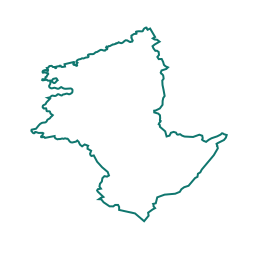 the border of Qostanay, rotated 348°
{"feature_id": "KAZ-3196", "entity_name": "Qostanay", "entity_type": "Region", "adm_level": 1, "iso_a3": "KAZ", "parent_name": "Kazakhstan", "parent_adm1": "", "projection": "equal_earth", "projection_center": [62.901, 51.427], "detail": "fine", "context": "isolated", "style": "outline", "palette": "teal", "viewbox_px": 256, "rotation_deg": 348, "n_neighbors": 0, "source": "natural_earth", "source_scale": "10m", "svg_char_len": 5519}
<svg xmlns="http://www.w3.org/2000/svg" viewBox="0 0 256 256"><g transform="rotate(348 128 128)"><path d="M167.6,36.0L170.3,35.3L173.4,44.6L170.9,45.5L172.3,46.9L174.9,47.8L176.8,50.1L171.4,51.9L169.0,53.1L169.5,55.5L170.8,58.2L172.3,58.4L173.8,60.0L173.5,63.0L171.5,64.6L172.4,67.0L175.3,67.5L176.1,70.7L176.3,73.7L177.6,75.5L179.7,77.0L177.7,78.2L172.8,78.7L171.5,80.7L171.8,81.7L172.6,82.4L173.3,83.8L173.3,85.1L173.1,87.2L171.4,88.7L170.7,93.1L170.7,97.9L170.5,104.3L168.7,106.0L167.5,108.7L166.6,112.5L163.2,115.5L158.8,116.6L157.2,116.5L156.9,118.2L160.6,120.2L161.9,122.2L161.5,125.2L161.0,126.3L160.8,127.5L161.4,128.0L160.9,128.7L159.8,129.4L158.8,130.7L159.7,131.7L159.5,133.5L163.7,139.0L164.0,144.3L167.0,144.1L169.0,141.6L171.8,141.3L174.0,142.5L174.5,144.3L175.4,144.9L177.7,144.9L179.3,146.7L181.5,148.1L189.8,150.3L196.4,149.4L199.0,151.0L199.0,153.4L198.0,154.8L199.2,156.2L201.5,157.8L204.4,156.4L207.5,155.4L213.5,154.7L217.2,153.7L218.9,152.7L219.7,153.1L220.7,154.1L223.1,155.4L221.7,157.8L219.4,159.7L212.7,161.4L211.3,161.9L211.4,163.0L211.7,163.6L211.3,164.3L211.7,165.1L211.6,166.6L206.3,172.4L191.5,184.0L189.5,186.4L186.9,187.3L185.8,190.2L183.2,190.9L175.2,197.1L170.6,197.6L167.5,199.0L165.4,201.2L160.5,202.1L149.9,200.8L142.2,201.9L139.5,207.4L136.8,207.5L137.0,208.3L136.7,209.9L137.8,212.0L135.1,212.8L130.1,215.0L129.9,218.1L124.4,222.5L117.1,213.0L102.3,206.3L102.9,203.4L102.3,201.2L99.4,200.6L97.3,201.6L93.7,200.8L88.7,195.6L87.0,192.2L84.8,191.6L87.2,190.6L89.6,190.3L85.2,183.9L84.8,182.6L85.8,181.6L88.9,181.7L87.9,179.3L89.0,176.7L91.3,174.9L92.5,171.8L94.9,170.2L97.4,171.2L99.5,170.5L99.0,166.8L94.5,161.0L90.8,154.6L88.8,147.7L86.6,147.8L85.8,147.1L85.5,145.4L87.2,142.6L84.1,139.9L84.6,137.9L85.3,137.1L82.2,135.1L79.3,136.4L77.7,134.5L77.2,132.9L76.9,131.3L75.8,129.7L74.4,130.5L70.6,130.6L69.3,130.2L68.7,129.7L68.1,128.9L67.2,126.7L66.6,125.9L65.8,125.8L64.8,125.2L64.0,125.0L62.8,125.2L62.5,125.1L61.7,124.7L61.2,124.6L59.6,124.7L59.1,124.7L58.2,124.4L57.0,124.4L56.5,124.3L55.9,123.8L55.2,123.3L54.9,123.1L54.6,122.5L54.4,121.9L54.4,121.0L54.5,120.6L44.8,120.4L44.6,120.3L44.5,120.1L44.4,119.6L44.2,119.4L41.7,119.1L41.2,118.9L41.2,118.3L41.6,117.9L42.7,117.5L43.1,117.2L43.2,116.5L43.3,116.3L44.0,115.8L44.1,115.6L43.5,115.0L39.4,114.2L37.1,112.8L36.4,112.6L36.1,112.9L35.9,113.3L35.3,113.6L34.6,113.5L34.1,113.1L33.1,111.2L32.9,110.8L33.0,110.3L33.4,109.6L37.9,109.6L41.2,106.9L43.0,105.7L44.9,105.1L46.2,105.1L47.4,105.3L48.6,105.3L49.8,104.6L50.7,103.4L51.1,103.1L53.3,102.4L53.8,102.1L54.9,101.1L55.4,100.9L56.3,100.4L57.1,99.8L55.3,97.9L55.2,97.4L55.1,96.2L55.0,95.7L54.8,95.5L54.5,95.3L52.4,94.8L52.0,94.5L51.9,94.0L52.1,92.7L52.0,92.1L51.9,91.7L50.0,91.5L49.7,91.4L49.5,90.8L49.0,90.5L48.9,90.2L48.9,89.6L49.4,88.5L50.4,88.0L51.5,87.8L52.5,87.4L53.3,86.3L53.7,85.9L57.7,83.2L55.8,81.8L57.6,81.8L58.4,81.6L59.9,80.7L60.7,80.6L61.5,80.8L62.2,81.2L62.9,81.4L63.6,81.5L64.3,81.4L64.9,81.2L66.0,80.5L66.5,80.4L67.2,80.6L69.3,82.2L70.0,82.4L70.7,82.1L71.2,81.8L71.6,81.7L72.6,81.8L74.9,81.6L75.7,81.8L77.2,82.7L78.0,82.8L79.7,82.3L80.6,81.8L81.1,81.2L81.5,79.8L81.6,79.1L81.4,78.5L80.8,77.8L80.1,77.4L75.3,76.7L73.7,76.2L72.3,75.2L71.4,74.2L71.0,74.1L68.8,75.0L68.1,75.1L67.2,74.9L65.0,73.6L64.3,73.3L62.1,73.4L61.1,73.2L60.2,72.5L59.7,71.9L59.5,71.1L59.6,70.4L60.1,69.8L61.1,68.7L61.4,68.0L61.5,67.1L61.9,66.8L62.5,66.7L63.0,66.8L63.5,67.1L64.5,68.3L65.1,68.7L65.8,68.7L66.4,68.4L67.6,67.5L68.1,67.1L69.1,66.7L68.5,64.9L68.2,64.5L67.9,64.4L65.4,64.4L64.7,64.6L63.7,65.6L62.9,65.7L59.8,65.1L59.3,64.9L58.8,64.1L57.7,63.8L54.6,63.7L54.0,63.2L54.5,62.5L56.8,63.1L57.6,62.6L57.7,61.5L57.8,61.2L58.2,61.0L59.1,60.9L59.3,60.6L59.5,60.0L61.2,58.6L61.2,57.9L60.7,57.6L59.3,57.0L58.9,56.5L58.6,56.4L58.2,56.3L56.7,56.3L56.2,56.2L56.1,55.9L56.1,55.6L56.1,55.3L56.3,54.9L56.7,54.5L57.1,54.3L58.2,54.2L58.9,54.1L60.0,54.3L60.7,55.2L61.1,55.5L61.5,55.5L61.8,55.0L61.9,54.5L61.8,54.0L61.3,53.0L61.1,52.4L62.4,52.3L62.9,52.1L63.8,51.2L64.3,51.1L66.1,51.3L66.5,51.6L67.1,52.6L67.5,52.8L69.1,53.1L69.2,54.0L69.4,54.3L69.8,54.4L70.2,54.3L70.4,54.0L70.6,53.1L72.8,53.1L73.4,53.4L73.6,53.4L74.1,52.9L74.5,52.9L75.1,53.1L75.3,53.7L75.3,54.0L75.5,54.3L75.9,54.5L76.7,54.7L79.2,54.8L79.2,52.4L88.4,52.2L88.8,52.2L89.1,52.5L89.1,53.1L88.1,53.6L87.8,54.0L87.8,54.5L88.2,55.0L89.3,55.4L90.3,56.3L90.6,56.5L90.9,56.5L91.2,56.3L91.3,56.1L91.1,55.3L91.0,55.1L91.0,54.8L91.3,54.5L92.2,53.7L91.7,53.1L91.4,52.2L92.1,51.4L93.2,50.9L94.1,50.7L96.1,50.7L97.3,50.3L97.7,50.3L98.7,50.7L99.3,50.7L101.2,50.3L103.4,50.5L104.0,50.3L104.3,49.8L104.3,49.4L104.1,49.0L103.9,48.5L104.2,48.1L105.0,47.9L106.3,47.9L108.9,48.4L109.7,48.4L110.3,48.2L111.5,47.5L112.1,47.2L113.6,47.2L117.3,45.9L118.1,46.0L118.7,46.2L120.6,47.3L121.5,47.5L121.7,47.1L122.4,46.9L123.3,46.8L124.0,46.6L124.3,45.8L123.6,45.1L123.3,44.7L123.9,44.0L124.3,44.4L124.5,44.5L125.1,44.5L125.8,43.9L126.2,43.9L127.1,44.1L127.7,44.0L128.8,43.6L129.5,43.5L129.9,43.3L130.3,43.1L131.2,43.3L133.4,43.1L133.7,43.1L134.1,42.6L135.1,42.8L135.7,42.7L136.6,42.2L138.3,43.3L139.0,43.6L139.8,43.6L141.2,43.1L142.6,42.2L144.0,41.7L145.5,42.2L147.3,43.9L147.9,44.3L148.3,44.4L148.7,44.4L149.2,44.1L149.9,44.3L150.1,44.3L150.8,43.4L150.0,40.4L150.5,39.8L150.4,39.3L150.4,38.6L150.7,38.3L153.5,37.3L154.2,37.3L155.4,37.6L155.9,37.5L156.1,36.9L155.8,35.9L155.9,35.5L156.5,35.4L158.7,35.6L161.8,36.4L162.5,36.3L163.0,35.8L163.6,34.9L164.3,34.3L165.0,33.9L166.6,33.5L167.0,33.7L167.3,35.5L167.6,36.0Z" fill="none" stroke="#0f766e" stroke-width="2"/></g></svg>